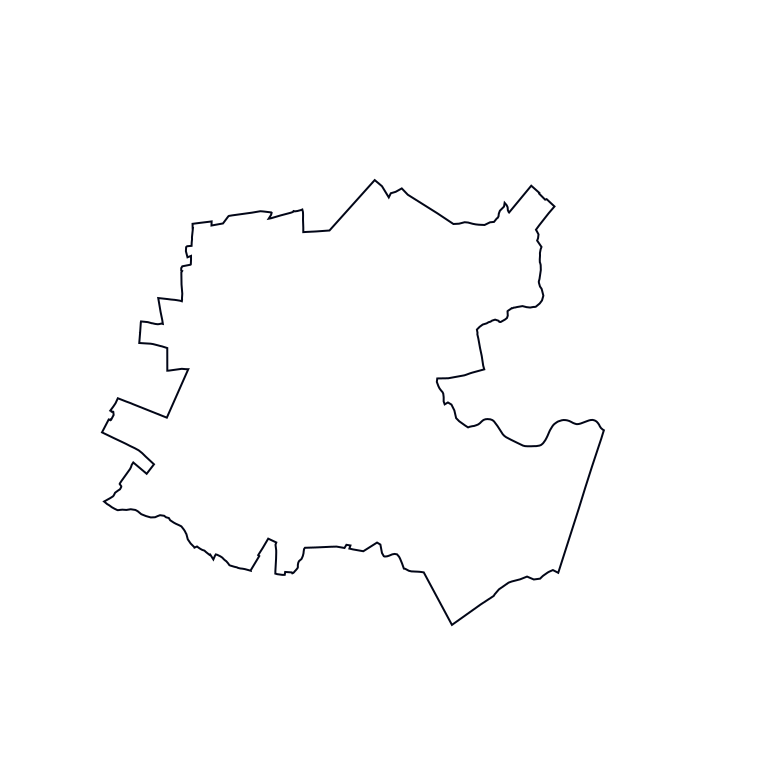 Sanmartin, Bihor, Romania (Equal Earth projection), rotated 301°
{"feature_id": "2599482B24432048687552", "entity_name": "Sanmartin", "entity_type": "district", "adm_level": 2, "iso_a3": "ROU", "parent_name": "Romania", "parent_adm1": "Bihor", "projection": "equal_earth", "projection_center": [21.97, 46.975], "detail": "fine", "context": "isolated", "style": "outline", "palette": "ink", "viewbox_px": 768, "rotation_deg": 301, "n_neighbors": 0, "source": "geoboundaries", "source_scale": "gbopen_adm2", "svg_char_len": 6154}
<svg xmlns="http://www.w3.org/2000/svg" viewBox="0 0 768 768"><g transform="rotate(301 384 384)"><path d="M601.4,394.1L597.9,395.5L592.2,394.1L589.1,394.7L586.7,395.8L585.1,395.9L583.9,395.4L579.6,394.8L577.2,391.6L572.1,388.3L569.4,383.3L568.1,380.5L567.0,377.5L565.7,372.9L564.2,369.8L560.1,365.8L556.9,361.1L557.8,341.8L558.5,306.9L560.8,298.5L554.7,295.0L551.0,291.6L546.4,292.0L552.5,280.4L554.0,271.0L487.5,258.2L479.7,247.1L474.4,239.2L472.6,236.6L476.6,234.2L483.2,229.9L487.0,227.7L489.6,226.0L491.5,224.1L490.7,223.5L490.3,223.2L487.7,220.7L486.0,218.6L485.9,218.0L485.7,217.4L484.5,217.3L482.7,215.8L475.4,208.7L467.9,201.8L466.3,200.0L470.8,200.1L472.9,199.5L473.0,199.0L469.8,191.8L468.4,189.0L462.8,182.5L450.5,167.2L448.2,164.5L447.5,164.2L438.7,163.3L431.0,154.5L434.6,152.5L433.2,150.8L427.6,143.6L422.7,137.4L418.9,139.8L419.1,140.0L410.9,143.8L409.2,144.9L406.2,146.3L403.3,147.9L400.7,144.3L399.4,143.9L395.8,145.8L391.4,150.3L394.4,152.6L391.1,154.6L387.6,156.5L387.0,156.8L386.8,156.8L386.6,156.7L381.0,150.5L379.0,150.5L378.2,150.9L376.8,151.8L376.9,152.8L375.3,152.8L365.0,159.2L357.5,164.6L353.6,166.6L352.2,167.5L350.8,168.1L350.4,166.4L349.1,163.1L348.3,161.2L346.7,157.9L345.4,154.9L341.4,146.2L338.5,148.7L330.8,155.3L324.6,161.0L321.6,163.5L321.1,162.0L320.4,161.3L319.3,160.1L318.6,159.1L317.6,156.8L316.8,154.3L316.5,153.7L315.4,149.7L312.5,143.5L311.6,143.8L303.2,148.1L302.8,148.2L302.8,148.3L293.1,153.1L294.9,156.6L296.0,158.7L298.3,163.1L299.2,165.3L299.6,166.6L300.7,170.3L301.4,172.8L301.9,174.3L303.2,179.7L283.8,191.4L284.6,192.6L292.9,202.9L294.4,206.0L295.4,207.8L295.9,208.6L243.3,215.2L237.3,178.4L237.3,178.0L236.9,175.7L236.2,172.1L234.7,163.2L229.2,163.8L225.3,163.6L220.2,163.1L220.3,164.3L219.9,164.8L220.2,165.6L220.7,165.9L220.7,166.3L218.2,168.2L212.9,168.5L212.8,167.8L212.0,167.9L211.8,166.3L197.3,167.2L198.1,175.9L198.5,180.4L199.4,189.3L199.8,193.5L200.1,198.2L200.6,203.3L200.8,207.9L200.2,212.3L199.1,216.8L196.7,228.2L184.8,226.8L185.9,220.1L187.6,209.5L184.8,209.4L182.6,209.9L180.4,210.1L165.6,208.9L162.9,208.8L162.2,208.9L161.0,211.5L160.3,211.8L158.8,211.9L157.7,211.9L155.9,211.0L152.3,209.5L150.0,209.7L148.8,209.7L148.0,209.5L145.2,208.1L139.1,204.6L138.5,208.5L138.5,211.0L138.2,214.3L138.3,217.4L138.6,220.5L139.1,221.3L140.0,222.4L141.5,224.4L143.4,228.1L146.2,231.4L148.0,235.8L148.1,238.4L147.4,243.0L148.2,248.0L149.5,252.8L151.9,256.4L154.3,258.1L156.2,259.6L157.8,263.4L157.5,265.8L158.3,268.6L157.5,270.1L157.1,270.9L156.9,275.1L157.0,277.5L157.4,280.9L157.6,283.6L156.1,287.5L155.2,289.3L154.0,291.1L153.6,291.9L149.8,295.8L147.7,300.4L146.5,305.2L146.1,305.8L148.4,307.4L148.2,309.4L148.1,311.6L148.2,313.7L148.7,315.9L148.3,317.8L147.7,322.3L148.1,322.3L148.4,322.7L145.7,328.1L147.3,327.9L149.4,327.6L151.3,327.6L151.7,329.1L152.0,332.5L151.9,334.8L151.2,337.3L150.9,339.2L150.9,340.0L149.9,343.0L149.3,344.2L149.1,344.9L149.2,345.7L150.3,350.0L151.1,352.4L151.1,353.2L151.6,355.0L152.0,356.1L152.8,357.8L153.3,359.1L153.7,360.2L155.3,365.9L155.5,365.7L172.3,365.7L172.5,364.3L172.8,364.3L181.0,364.5L191.8,364.4L192.7,373.3L190.3,373.8L186.0,377.2L183.9,378.5L178.6,381.5L167.4,387.4L166.8,387.8L165.5,388.5L166.0,390.4L168.0,395.1L169.3,397.2L172.0,396.1L175.0,402.0L174.5,402.9L175.3,403.5L176.2,403.8L177.7,404.0L178.4,404.2L180.1,404.5L181.5,404.7L182.4,404.6L183.3,404.1L184.4,403.4L186.5,402.6L187.9,402.4L188.4,402.4L189.1,402.6L190.0,402.9L191.4,403.4L192.6,403.3L194.8,403.0L197.4,402.2L199.1,401.4L201.3,400.5L202.9,400.6L208.5,409.3L211.8,414.3L217.0,422.1L220.2,427.1L223.1,434.6L226.8,434.6L228.3,438.4L225.1,439.1L226.2,442.5L230.0,452.4L244.5,459.7L244.5,463.6L238.1,469.3L236.3,472.5L236.5,473.5L237.2,474.5L238.0,475.5L239.6,476.9L242.2,478.8L243.8,480.6L244.7,482.9L243.7,485.9L242.6,487.7L239.4,492.0L236.0,496.1L236.5,497.4L236.7,501.5L237.5,504.0L241.1,510.7L242.1,512.9L243.0,515.1L212.5,566.3L244.8,580.4L258.9,587.2L260.7,587.2L267.2,588.3L277.9,593.1L280.5,595.2L286.7,601.3L292.6,605.8L293.6,613.1L297.6,618.1L299.4,618.5L301.5,619.1L306.7,621.4L308.1,622.2L311.5,624.6L311.9,630.6L378.1,615.0L398.4,610.0L420.4,604.8L442.2,599.9L449.0,598.4L454.2,597.1L457.6,596.3L457.6,594.9L458.0,592.7L458.9,590.8L459.9,589.3L460.7,587.5L461.3,585.5L461.3,583.8L461.2,583.1L460.7,581.4L459.7,579.9L458.5,578.6L456.8,577.2L451.4,572.9L450.0,571.5L449.1,570.3L448.7,569.5L448.3,567.9L448.0,566.2L447.9,563.9L447.7,561.8L447.2,559.8L446.6,558.3L445.7,556.6L444.5,555.1L442.9,553.7L441.5,552.5L440.0,551.7L437.4,550.6L435.6,550.2L434.1,550.1L429.9,550.1L428.0,550.3L423.7,550.9L421.4,551.1L418.9,551.2L415.3,550.9L413.9,550.5L412.6,550.0L411.3,549.0L409.0,546.3L407.8,544.3L405.9,541.4L404.5,539.0L403.4,536.9L402.8,534.9L402.2,528.5L401.6,521.4L401.3,516.1L401.5,513.9L402.1,511.7L406.4,503.0L408.6,497.6L408.9,495.6L408.5,493.4L407.2,490.7L406.0,489.1L404.4,487.8L402.2,487.0L399.8,486.4L397.9,485.6L396.4,484.5L394.4,482.8L393.3,481.4L391.4,479.4L390.1,478.4L390.2,475.1L390.8,467.6L391.9,463.4L397.6,457.9L401.1,452.4L401.1,448.3L397.8,446.5L399.8,444.1L403.5,441.9L406.3,439.7L407.2,438.3L407.8,436.4L408.8,433.9L410.2,431.7L413.0,428.2L416.2,426.8L422.0,436.1L432.8,448.4L434.3,449.7L437.4,452.2L439.2,453.8L448.2,462.4L450.8,459.6L458.4,453.3L464.3,447.8L471.6,441.4L474.7,438.4L476.0,437.8L478.5,435.6L482.2,436.5L485.8,438.0L488.9,440.8L489.7,441.2L490.8,441.8L492.3,443.2L494.0,444.0L496.4,446.1L497.2,449.6L496.7,450.7L496.9,451.5L497.3,452.1L501.5,454.5L503.9,455.4L506.3,454.9L510.0,452.4L510.7,452.6L513.9,454.1L514.8,454.4L515.1,455.1L516.3,455.9L517.1,457.0L518.5,458.4L522.1,462.6L523.3,466.6L524.8,469.9L527.0,472.4L527.6,473.4L528.4,474.3L533.2,476.0L537.0,476.4L541.8,475.1L545.5,471.4L546.8,470.0L547.9,467.5L550.6,464.6L551.6,463.9L554.1,463.2L562.5,459.7L566.7,457.0L568.1,455.6L568.6,454.9L571.1,453.3L574.4,451.6L576.6,450.2L580.1,448.9L582.6,448.4L585.8,441.4L588.2,441.0L591.8,439.4L593.5,436.6L594.5,434.8L600.0,435.3L615.2,437.2L624.0,438.7L626.2,428.2L625.0,427.2L627.1,418.9L627.8,418.8L629.8,408.1L595.4,402.9L595.5,402.5L596.7,400.7L599.2,398.9L600.5,396.9L601.4,394.1Z" fill="none" stroke="#020617" stroke-width="2"/></g></svg>